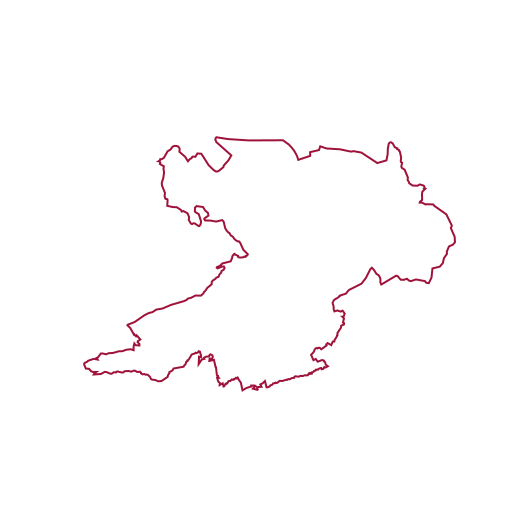 outline of Tolimán, Jalisco, Mexico, rotated 163°
{"feature_id": "50627088B84573477365023", "entity_name": "Tolimán", "entity_type": "district", "adm_level": 2, "iso_a3": "MEX", "parent_name": "Mexico", "parent_adm1": "Jalisco", "projection": "natural_earth1", "projection_center": [-103.885, 19.545], "detail": "fine", "context": "isolated", "style": "outline", "palette": "rose", "viewbox_px": 512, "rotation_deg": 163, "n_neighbors": 0, "source": "geoboundaries", "source_scale": "gbopen_adm2", "svg_char_len": 6098}
<svg xmlns="http://www.w3.org/2000/svg" viewBox="0 0 512 512"><g transform="rotate(163 256 256)"><path d="M321.5,375.1L320.7,374.7L320.2,373.4L321.0,372.1L317.9,368.7L319.0,366.2L319.5,362.8L321.9,357.6L324.7,353.6L325.3,350.9L324.6,343.0L325.9,340.1L325.9,337.8L325.8,337.1L324.2,336.2L324.2,335.3L326.2,329.9L321.2,327.1L317.5,325.8L314.4,322.1L314.0,320.2L312.3,320.2L309.0,316.9L308.6,312.7L309.8,310.1L308.8,306.2L307.9,305.2L306.3,305.6L305.1,305.1L302.1,301.4L301.4,301.2L300.0,302.2L298.7,304.3L298.4,305.7L298.5,312.8L301.1,315.6L301.4,316.5L300.2,320.1L298.2,321.1L292.3,318.3L291.4,314.5L289.4,311.3L289.5,309.4L289.7,308.5L294.1,307.1L294.7,306.5L294.3,304.9L289.0,303.1L284.1,300.6L277.8,300.2L276.9,298.2L277.3,291.6L276.6,288.7L275.6,286.6L274.7,285.8L274.1,283.1L272.3,280.9L272.0,279.3L270.8,277.1L269.2,275.3L267.9,274.9L267.2,272.8L266.3,265.7L263.3,260.1L263.5,259.7L264.5,259.0L265.8,259.0L266.3,258.2L267.3,258.8L268.5,258.5L271.5,259.1L273.3,260.1L273.1,261.4L275.7,263.5L275.8,264.3L276.8,264.1L278.6,262.8L279.5,261.0L281.8,258.3L290.4,258.7L293.6,257.0L296.4,256.9L297.0,256.3L296.4,255.4L291.3,255.8L289.8,255.4L289.6,253.6L291.2,252.2L293.2,251.8L294.3,250.2L296.2,249.2L297.8,247.1L300.2,246.9L301.8,245.9L304.7,245.1L305.9,244.1L306.7,241.9L311.8,239.8L315.0,237.3L316.4,236.7L317.0,235.8L320.2,234.2L325.5,235.9L330.5,235.0L333.5,235.2L335.2,234.3L338.2,233.9L351.4,234.1L360.8,233.1L367.0,233.9L371.4,232.6L375.1,232.8L379.9,232.0L391.5,228.3L398.6,227.8L399.2,227.4L397.3,223.9L395.7,216.5L395.3,216.8L394.2,214.3L393.3,215.0L391.0,210.0L393.9,209.1L394.4,208.3L393.2,205.8L393.7,204.5L397.2,205.9L397.9,207.9L399.5,205.3L400.6,201.7L403.1,203.5L407.7,204.3L411.5,204.0L415.1,205.0L421.2,205.1L425.2,206.1L428.1,205.8L431.3,207.7L432.9,208.1L436.7,205.3L438.3,205.1L437.8,203.3L441.3,205.1L447.3,204.9L448.1,204.3L451.1,203.8L451.8,203.3L452.1,202.4L451.6,198.1L448.6,196.9L447.6,194.3L446.1,192.9L442.6,191.8L444.8,191.1L445.8,190.1L438.7,188.5L434.7,189.4L433.3,189.0L429.6,186.0L428.4,185.6L426.2,186.4L423.8,185.6L423.4,186.1L422.2,186.1L418.2,183.7L416.9,183.5L415.5,184.2L411.8,183.4L409.1,181.9L406.7,182.1L405.2,181.7L403.5,179.8L400.7,179.2L400.1,177.9L400.3,177.4L399.1,176.0L397.3,175.8L396.4,174.8L395.3,174.7L394.1,173.8L392.8,171.5L392.3,168.9L391.4,168.1L388.6,166.9L386.0,164.7L382.9,164.1L375.9,166.2L374.8,168.0L373.2,169.1L372.9,170.2L369.4,171.0L367.7,172.5L357.6,171.3L356.4,172.5L355.3,172.8L353.5,175.3L352.3,175.4L352.2,176.2L350.6,176.6L346.3,180.6L342.7,180.7L342.1,181.2L341.4,180.6L339.4,180.8L338.7,181.7L337.6,180.9L337.7,176.4L338.3,175.3L339.9,176.4L342.4,169.4L338.1,172.9L335.6,172.7L335.8,173.7L335.0,174.0L333.4,174.3L330.2,173.8L329.4,174.9L328.3,175.3L326.8,173.8L326.7,172.4L328.0,170.4L330.3,171.5L331.3,169.3L326.6,169.0L327.1,161.5L326.8,161.2L328.2,153.8L328.1,152.8L327.4,152.5L327.7,151.7L327.2,150.4L328.8,150.8L328.8,146.9L327.7,145.4L328.5,143.2L325.1,144.0L325.2,140.7L324.5,140.7L322.5,142.7L322.0,142.3L321.2,142.9L320.7,142.6L318.8,144.4L317.2,144.0L315.2,145.0L314.3,144.3L313.4,144.8L312.8,144.3L310.9,145.4L310.2,144.5L309.1,145.1L308.6,142.5L307.5,139.3L308.2,131.5L303.6,132.6L298.5,132.6L298.4,133.5L295.1,132.5L294.6,131.9L297.7,130.0L293.8,127.6L293.4,127.8L293.4,130.3L289.0,129.3L289.4,131.9L286.9,132.3L284.0,133.8L284.3,127.3L283.7,127.1L281.1,127.2L280.1,128.1L278.3,128.1L276.7,129.2L275.9,128.9L274.2,129.2L273.9,128.6L272.7,128.5L269.8,129.7L267.5,128.8L263.1,128.8L262.4,128.4L261.1,128.9L259.7,128.2L257.5,128.8L255.1,128.3L254.6,129.2L253.7,129.5L250.4,128.1L248.5,128.4L246.3,127.5L244.6,127.7L241.4,126.8L239.8,128.2L239.3,127.6L238.6,128.2L238.2,127.6L237.5,128.0L237.5,127.3L237.0,127.2L236.8,128.1L234.7,128.5L234.1,129.1L232.6,129.0L232.1,129.8L230.0,129.2L229.2,129.8L226.8,129.9L226.3,129.8L226.3,128.5L224.5,128.4L223.2,129.8L222.0,129.0L219.5,129.6L221.5,132.2L221.1,132.0L220.9,133.6L221.4,135.3L221.8,135.4L221.7,136.2L223.2,137.2L227.9,136.9L229.0,140.1L231.5,139.6L232.2,145.4L228.9,147.3L227.1,149.5L225.5,150.3L224.5,150.2L224.0,149.6L222.6,149.9L221.8,149.4L220.9,147.7L214.6,149.8L214.7,150.9L213.0,151.8L210.1,148.8L207.6,151.7L206.1,151.3L205.5,152.6L202.2,155.4L201.8,156.3L201.2,156.5L200.6,158.6L195.8,162.5L194.8,164.5L191.9,164.8L191.4,166.1L192.3,167.0L190.1,170.6L191.2,172.7L190.0,172.4L188.0,175.0L189.2,178.4L191.3,178.1L194.1,180.1L197.2,180.1L197.3,182.4L196.5,185.0L196.5,188.6L194.8,190.7L193.4,191.4L190.0,192.2L187.5,193.2L187.5,193.6L181.1,193.7L177.2,196.3L163.2,198.7L157.4,202.8L150.5,210.0L148.6,210.9L147.2,208.0L146.0,203.5L144.5,202.0L143.9,200.4L143.8,197.5L144.8,194.2L144.5,192.1L127.8,196.2L126.4,195.3L124.6,191.1L121.7,190.0L118.3,190.1L117.0,187.9L115.4,186.7L109.9,186.8L101.8,182.6L101.0,180.6L98.7,179.5L94.5,184.0L90.9,192.5L83.3,192.1L79.4,194.6L76.9,199.0L72.8,202.2L72.2,204.5L68.7,208.7L64.3,209.3L61.7,211.0L60.4,216.3L61.5,225.8L60.0,227.4L59.9,228.4L61.8,240.2L70.9,251.9L71.3,253.4L77.5,255.6L78.6,255.6L81.8,258.6L83.8,259.2L83.5,259.8L80.7,261.1L79.1,266.9L78.0,269.0L74.5,270.8L75.6,271.5L74.7,272.4L74.8,273.5L75.1,274.3L78.3,276.5L81.1,276.0L85.6,277.6L88.2,280.7L88.1,282.0L88.8,284.4L87.8,286.5L88.6,295.0L90.8,297.7L90.9,299.0L89.0,302.5L89.9,303.5L89.9,304.2L88.4,307.8L87.9,314.0L88.4,314.5L88.3,315.6L89.8,317.0L89.4,317.7L91.5,319.4L92.3,323.7L93.8,325.4L95.2,325.3L96.3,324.5L98.6,319.9L100.4,314.7L103.3,309.3L112.8,309.4L125.0,324.1L132.2,327.8L134.1,327.9L135.7,328.6L144.3,333.4L157.1,338.2L162.5,342.1L164.8,338.9L173.9,339.5L174.9,335.9L187.5,335.6L187.5,339.7L188.6,345.0L190.1,349.1L192.0,353.0L196.4,358.8L229.0,368.6L248.6,376.0L259.1,381.1L260.0,380.6L260.9,379.1L260.6,376.5L250.2,359.4L254.2,355.7L260.4,351.9L261.2,350.5L267.2,348.1L269.5,348.4L271.2,350.3L274.7,356.6L278.4,369.8L282.1,371.2L284.9,368.6L287.1,369.5L288.1,369.3L289.2,368.3L290.8,368.1L293.4,366.5L294.8,371.7L298.8,378.1L297.7,380.6L297.9,382.3L298.7,383.8L300.5,384.7L302.1,385.2L304.0,384.8L306.8,382.7L309.9,382.0L315.3,376.9L317.9,376.1L319.3,376.6L319.9,375.6L321.5,375.1Z" fill="none" stroke="#9f1239" stroke-width="2"/></g></svg>